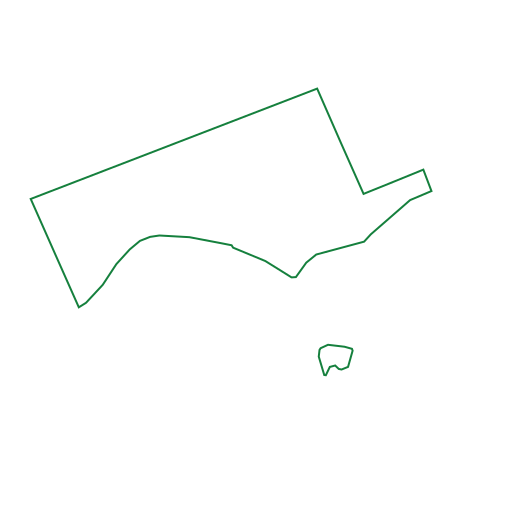 the district of Erie, Ohio, United States of America, rotated 158°
{"feature_id": "52423323B39503954322515", "entity_name": "Erie", "entity_type": "district", "adm_level": 2, "iso_a3": "USA", "parent_name": "United States of America", "parent_adm1": "Ohio", "projection": "orthographic", "projection_center": [-82.666, 41.452], "detail": "fine", "context": "isolated", "style": "outline", "palette": "green", "viewbox_px": 512, "rotation_deg": 158, "n_neighbors": 0, "source": "geoboundaries", "source_scale": "gbopen_adm2", "svg_char_len": 739}
<svg xmlns="http://www.w3.org/2000/svg" viewBox="0 0 512 512"><g transform="rotate(158 256 256)"><path d="M136.6,388.3L443.5,393.3L441.6,336.1L441.5,332.9L439.5,274.8L431.1,276.3L408.9,286.7L388.5,300.8L370.6,309.4L357.9,313.5L347.0,313.4L337.9,311.2L310.7,298.4L283.8,281.1L274.6,275.1L274.1,272.3L249.2,247.8L232.9,225.4L231.1,222.9L230.6,222.7L226.9,221.5L211.9,231.0L199.6,234.8L150.4,228.8L141.4,233.1L92.2,250.1L69.0,250.5L68.5,273.4L99.1,273.3L133.0,273.3L134.9,329.1L136.6,388.3ZM201.9,132.0L201.8,134.0L207.9,138.7L222.5,146.7L230.6,146.3L232.2,145.2L232.3,145.1L235.5,139.2L237.3,120.1L235.9,119.3L229.1,125.5L223.6,124.8L221.6,120.3L219.2,118.7L212.2,118.7L201.9,132.0Z" fill="none" stroke="#15803d" stroke-width="2"/></g></svg>